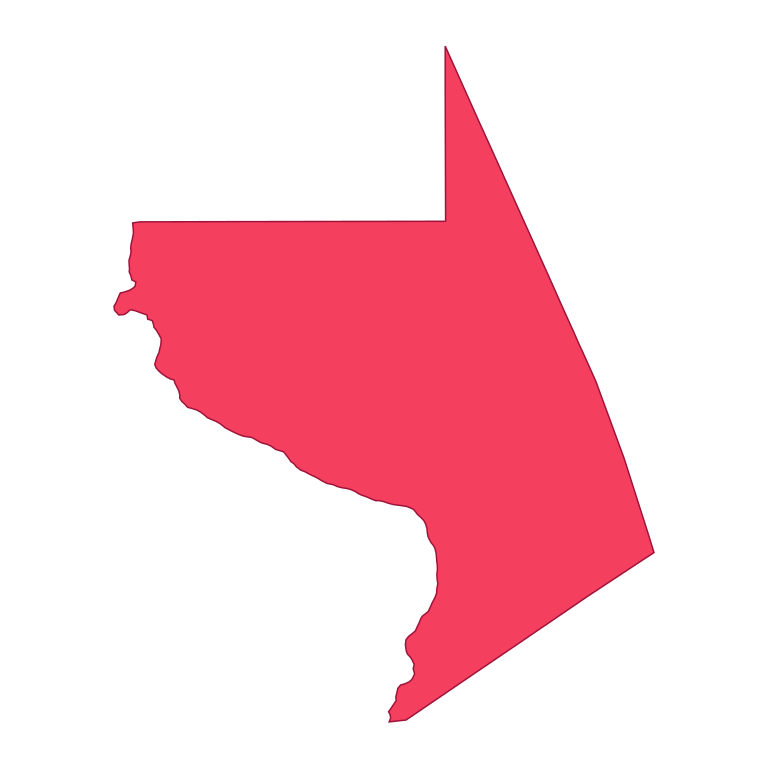 the district of Morros, Maranhão, Brazil
{"feature_id": "56859067B9052627590224", "entity_name": "Morros", "entity_type": "district", "adm_level": 2, "iso_a3": "BRA", "parent_name": "Brazil", "parent_adm1": "Maranhão", "projection": "albers", "projection_center": [-43.875, -2.966], "detail": "fine", "context": "isolated", "style": "filled", "palette": "rose", "viewbox_px": 768, "rotation_deg": 0, "n_neighbors": 0, "source": "geoboundaries", "source_scale": "gbopen_adm2", "svg_char_len": 2589}
<svg xmlns="http://www.w3.org/2000/svg" viewBox="0 0 768 768"><path d="M118.8,315.0L124.2,314.5L127.1,312.7L130.3,309.7L135.1,310.7L141.4,313.0L147.0,315.0L147.7,319.2L152.2,320.5L153.3,323.8L154.0,327.3L156.3,330.1L158.5,333.7L161.2,338.8L160.9,344.5L159.9,348.3L158.9,352.7L157.0,356.8L155.6,361.2L154.8,364.6L156.2,368.0L158.6,370.8L162.2,374.0L167.0,377.2L170.3,378.9L174.1,380.0L174.9,383.1L176.7,386.5L178.7,390.6L179.8,395.0L179.7,398.2L181.8,401.5L184.6,403.9L187.6,407.3L192.8,408.7L196.8,410.0L200.6,412.1L204.3,414.9L207.6,417.8L211.3,419.4L216.4,421.5L220.1,423.7L222.7,425.7L225.1,427.7L228.3,429.4L231.6,431.1L234.6,432.6L238.8,434.5L243.7,436.3L247.5,436.8L252.0,437.5L256.3,440.0L260.2,442.3L263.3,443.4L267.2,444.3L270.8,446.0L275.7,449.4L283.6,451.8L288.4,457.9L291.1,461.8L293.7,463.5L296.5,466.9L300.9,470.2L304.5,471.5L308.6,473.7L312.5,475.7L315.3,476.9L318.5,478.7L321.7,480.7L327.0,483.4L333.4,484.7L337.2,486.5L341.8,487.7L346.8,488.5L350.5,489.4L355.6,491.7L358.2,493.5L361.3,495.0L364.5,496.1L367.7,497.3L371.4,499.0L375.9,500.7L379.3,500.6L383.3,501.5L388.2,503.2L393.6,504.6L398.3,505.2L402.0,505.7L406.5,506.4L410.6,508.0L413.4,509.3L415.4,511.6L417.4,514.3L420.8,517.4L423.9,520.6L425.7,524.2L427.0,528.7L427.3,532.6L428.1,536.8L429.5,539.8L431.3,542.9L433.3,545.3L435.0,548.5L436.1,553.2L436.6,558.6L436.8,561.7L437.3,564.9L437.4,569.9L436.9,574.0L437.1,579.2L437.8,583.8L436.9,588.5L436.6,593.1L435.0,597.5L432.1,603.0L430.0,607.8L428.2,611.5L422.3,616.2L420.7,618.9L418.9,623.4L417.1,627.0L415.4,630.9L411.6,634.1L408.7,636.3L406.0,639.7L405.4,644.7L406.3,651.0L407.5,654.1L410.9,657.8L412.8,661.3L414.2,664.6L413.2,668.6L414.6,673.9L412.0,679.4L409.2,681.8L405.4,683.6L400.6,685.0L397.8,688.4L397.1,691.8L395.9,696.6L396.1,700.7L393.0,705.3L391.2,708.1L388.6,711.7L390.3,715.2L390.6,718.2L389.2,721.9L406.1,720.0L476.4,672.1L482.6,667.9L511.9,648.0L587.8,596.2L644.0,559.1L654.0,552.6L648.9,536.0L624.1,458.3L595.8,381.2L582.3,351.1L579.9,346.1L573.1,330.6L569.8,323.4L560.6,303.0L552.7,285.1L509.9,190.0L489.3,144.2L479.0,121.6L445.2,46.1L445.2,84.6L445.2,89.0L445.6,221.3L434.7,221.3L377.5,221.4L370.4,221.4L257.6,221.6L246.5,221.6L163.6,221.8L159.3,221.8L151.0,221.8L145.4,221.8L140.6,221.8L132.7,222.9L133.3,230.0L133.4,233.4L132.4,238.8L131.1,244.2L130.7,248.4L131.1,252.1L130.3,255.8L129.0,260.2L129.2,265.3L129.5,268.7L129.2,271.9L130.8,275.5L131.9,280.0L135.8,281.9L135.1,286.3L132.7,288.4L129.5,290.3L124.5,292.0L120.3,293.0L117.9,298.3L116.3,302.3L114.0,306.3L114.5,310.2L118.8,315.0Z" fill="#f43f5e" stroke="#9f1239" stroke-width="1.5"/></svg>